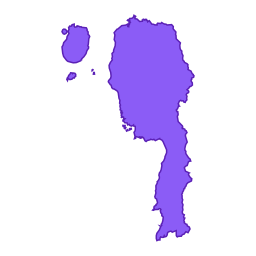 the district of Kota Tidore Kepulauan, Maluku Utara, Indonesia
{"feature_id": "22746128B24002479708791", "entity_name": "Kota Tidore Kepulauan", "entity_type": "district", "adm_level": 2, "iso_a3": "IDN", "parent_name": "Indonesia", "parent_adm1": "Maluku Utara", "projection": "albers", "projection_center": [127.622, 0.39], "detail": "fine", "context": "isolated", "style": "filled", "palette": "violet", "viewbox_px": 256, "rotation_deg": 0, "n_neighbors": 0, "source": "geoboundaries", "source_scale": "gbopen_adm2", "svg_char_len": 5812}
<svg xmlns="http://www.w3.org/2000/svg" viewBox="0 0 256 256"><path d="M134.0,15.4L133.2,17.5L131.9,18.3L129.6,18.5L128.6,20.3L129.0,21.0L129.7,20.7L129.6,21.5L130.5,22.3L129.8,22.0L129.3,22.5L130.1,22.7L129.4,23.5L129.4,24.6L128.7,25.1L128.7,26.7L127.8,26.5L127.9,25.3L129.3,24.2L128.3,24.4L128.0,23.9L125.7,25.1L121.8,25.6L117.7,29.1L117.0,29.2L114.1,32.7L114.9,35.0L114.2,39.6L115.4,42.2L115.2,45.7L113.6,50.2L113.6,51.8L112.0,53.5L112.4,56.7L111.8,58.6L112.3,59.9L110.4,62.4L109.1,65.3L109.3,68.2L110.7,72.4L111.1,76.2L110.6,78.3L108.6,80.6L108.3,81.8L110.4,84.8L111.1,85.1L111.8,87.7L113.0,88.8L114.3,89.1L117.2,91.0L118.2,92.6L119.0,98.3L119.9,100.4L119.6,103.2L120.5,105.1L119.9,105.9L120.5,108.8L120.1,109.8L121.8,111.0L121.8,111.5L120.8,112.0L120.9,112.4L121.8,112.3L122.4,112.9L121.3,113.8L121.8,114.2L121.2,115.2L121.9,116.1L121.3,117.2L121.7,117.5L122.9,116.9L123.5,117.1L123.7,118.7L124.9,118.8L123.8,119.9L123.0,120.0L122.9,121.0L123.8,121.3L124.7,122.7L127.2,123.0L127.6,124.9L129.3,124.4L129.7,125.4L131.4,126.1L132.2,125.6L132.9,125.7L133.5,125.1L133.6,126.0L135.2,126.4L135.3,129.2L135.0,130.9L134.0,132.3L135.0,136.4L138.7,137.3L139.6,136.8L141.2,137.3L141.8,136.9L142.6,137.1L143.5,137.8L145.0,140.8L146.1,141.5L147.3,140.5L150.1,139.8L150.5,139.3L153.0,139.8L153.9,139.3L155.3,140.6L159.7,138.5L159.9,139.2L161.7,139.9L163.0,141.5L166.6,149.8L166.6,152.8L164.9,156.9L164.9,157.9L163.7,160.9L161.5,163.4L161.9,165.6L161.2,169.6L160.4,171.6L159.4,172.9L158.9,175.2L159.4,177.0L159.3,178.5L158.3,180.5L157.1,181.8L157.4,182.8L155.9,185.7L156.0,189.4L155.5,190.6L155.9,193.0L154.8,196.7L155.4,198.3L156.6,199.0L156.8,199.7L157.2,199.6L156.8,199.9L157.5,202.6L157.0,203.8L156.0,204.5L156.1,205.2L154.3,206.3L153.9,207.2L154.2,208.5L152.7,210.1L153.6,210.3L154.6,209.6L158.3,209.4L159.2,208.6L160.5,208.9L160.9,209.6L160.3,210.7L160.9,213.0L161.8,213.8L161.8,215.8L162.9,216.5L163.2,217.4L162.8,220.8L162.0,223.4L161.2,224.3L161.7,225.4L160.8,226.2L160.1,226.0L160.7,226.6L159.3,230.0L156.9,233.3L156.3,235.6L156.3,238.5L156.9,240.6L158.7,239.9L159.9,240.0L160.1,237.8L160.7,236.9L162.0,237.4L163.5,237.3L164.2,235.7L164.8,236.9L166.3,236.4L167.1,235.1L167.6,232.7L168.4,231.9L170.6,231.2L171.4,231.3L172.2,232.2L176.2,230.6L176.3,235.5L176.8,236.6L177.5,236.9L178.0,236.4L181.4,236.2L181.9,235.2L182.9,234.4L184.0,234.2L185.9,231.7L188.0,232.7L190.0,229.0L189.3,227.0L187.3,225.9L186.9,224.3L185.7,224.0L184.2,222.7L184.5,222.0L183.8,220.5L184.8,218.1L183.9,217.9L183.6,216.8L184.3,214.8L183.1,214.2L182.4,213.2L182.3,211.6L182.9,209.9L182.5,207.2L183.0,204.8L182.0,202.5L182.7,199.8L182.1,198.2L182.1,195.6L181.7,194.3L182.5,193.1L182.5,192.1L183.5,190.7L183.9,188.8L184.7,188.6L184.8,187.5L185.9,186.2L186.6,184.1L187.9,182.7L191.4,181.0L191.6,180.1L191.3,179.3L191.8,178.9L189.9,177.0L188.5,174.8L188.8,173.1L189.2,172.9L185.5,171.2L184.4,167.9L184.4,167.4L186.5,165.6L187.2,165.5L188.4,161.9L189.5,161.2L190.7,161.1L190.1,159.1L188.6,157.8L186.2,154.2L185.7,153.1L185.9,151.3L185.0,150.3L184.8,148.5L185.7,144.6L187.2,142.1L185.4,135.9L185.6,134.2L187.0,132.6L186.1,130.7L185.2,130.5L184.8,129.2L183.0,128.4L182.4,128.6L182.1,127.9L182.7,127.0L182.4,125.9L178.2,121.6L177.4,116.9L177.4,116.0L178.1,114.9L178.0,112.8L177.4,112.1L177.7,111.6L176.6,111.1L176.3,109.9L177.5,108.8L178.4,106.4L179.4,106.1L178.6,105.4L178.7,104.3L178.2,103.8L179.4,101.1L180.8,100.3L181.5,100.9L183.2,100.8L183.9,102.1L185.2,102.4L185.6,101.3L186.9,99.9L186.6,98.0L187.0,96.3L186.2,94.8L186.7,93.6L188.4,92.7L188.8,91.9L188.6,91.0L187.0,89.7L189.0,87.9L189.7,86.6L190.7,86.5L192.4,85.1L192.3,82.8L191.2,81.2L191.1,80.0L191.7,79.5L191.6,78.1L193.6,77.3L194.0,75.8L193.3,75.3L193.3,74.5L192.2,73.7L191.0,71.1L188.0,69.5L188.3,67.7L187.7,66.1L188.0,64.8L187.1,63.7L184.5,62.4L184.2,61.4L182.9,60.1L182.6,58.1L183.0,55.7L181.8,53.1L181.8,51.0L181.0,50.4L180.1,48.6L179.8,45.2L180.4,42.9L176.2,38.8L176.0,35.3L175.6,34.7L175.9,32.0L173.1,28.8L173.3,26.5L171.6,24.6L167.1,25.0L165.9,24.1L164.9,24.2L162.8,23.3L161.7,22.5L160.8,23.5L157.6,23.2L157.1,23.8L157.1,24.9L154.9,24.9L153.6,24.3L151.8,24.1L149.3,20.7L147.8,21.7L147.8,20.9L146.8,20.6L146.6,19.5L146.0,19.3L145.1,19.4L144.9,20.2L143.4,19.3L143.3,19.8L142.4,19.9L142.4,21.2L139.7,21.5L137.0,19.0L135.0,18.7L134.8,17.7L135.7,16.5L135.5,16.1L134.8,16.3L134.0,15.4ZM74.2,26.3L74.2,24.1L72.4,24.6L71.7,25.1L71.8,25.8L71.1,26.2L69.7,26.1L69.7,26.6L68.6,27.3L69.0,29.4L68.2,31.1L68.9,33.6L67.1,36.5L66.7,39.2L63.7,42.6L63.0,45.3L62.0,46.9L62.7,53.2L63.6,56.5L66.6,60.4L67.9,61.4L73.2,62.8L76.2,62.6L80.7,60.8L81.1,59.9L81.6,59.8L81.7,58.8L83.9,56.7L86.0,53.7L86.9,50.7L88.5,48.3L88.6,46.8L87.8,45.8L88.3,44.3L88.8,38.7L89.7,36.6L89.2,35.4L88.1,34.4L88.1,31.9L87.1,30.6L87.1,29.3L86.3,27.8L81.7,27.3L81.1,26.7L79.9,26.9L78.6,26.1L77.7,26.4L77.4,25.9L76.9,26.0L76.8,26.7L75.0,27.2L74.2,26.3ZM72.1,72.9L70.6,72.8L70.2,73.8L68.6,75.5L68.4,76.7L67.5,77.5L66.8,79.4L67.5,80.6L67.8,79.4L68.5,78.8L69.9,79.6L71.9,79.2L73.3,77.8L74.3,78.0L75.1,76.5L75.7,76.3L75.7,74.3L74.9,73.3L73.2,73.0L72.5,73.6L72.1,72.9ZM63.8,29.1L62.8,29.7L62.0,31.7L63.2,33.7L64.3,34.2L65.8,33.6L66.8,32.5L66.9,31.7L66.7,30.7L65.3,29.3L63.8,29.1ZM125.1,125.5L122.9,125.4L123.0,126.3L123.6,126.9L124.5,127.0L125.1,125.5ZM131.3,128.4L129.6,128.6L129.3,130.1L131.4,129.1L131.3,128.4ZM141.1,137.4L139.6,137.2L139.5,137.8L140.6,138.2L141.8,137.8L141.6,137.2L141.1,137.4ZM135.6,137.7L134.8,137.4L134.4,138.7L135.6,138.3L135.6,137.7ZM126.6,131.1L127.6,130.6L127.5,129.7L126.3,130.4L126.6,131.1ZM94.4,73.5L94.3,72.5L93.7,72.5L93.4,74.2L94.1,74.2L93.6,73.4L93.9,73.1L94.4,73.5ZM125.2,128.8L125.9,127.5L125.5,127.2L124.5,128.5L125.2,128.8ZM92.9,70.0L93.1,69.0L92.4,70.2L92.0,69.4L92.1,70.7L92.9,70.0ZM128.1,20.8L128.2,19.9L127.9,19.8L127.4,20.4L128.1,20.8Z" fill="#8b5cf6" stroke="#5b21b6" stroke-width="1.5"/></svg>